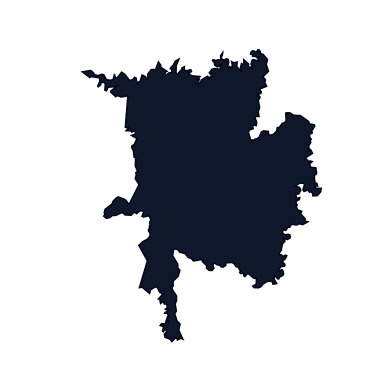 outline of Guarapuava, Paraná, Brazil, rotated 279°
{"feature_id": "56859067B420876687995", "entity_name": "Guarapuava", "entity_type": "district", "adm_level": 2, "iso_a3": "BRA", "parent_name": "Brazil", "parent_adm1": "Paraná", "projection": "albers", "projection_center": [-51.486, -25.326], "detail": "fine", "context": "isolated", "style": "filled", "palette": "ink", "viewbox_px": 384, "rotation_deg": 279, "n_neighbors": 0, "source": "geoboundaries", "source_scale": "gbopen_adm2", "svg_char_len": 6086}
<svg xmlns="http://www.w3.org/2000/svg" viewBox="0 0 384 384"><g transform="rotate(279 192 192)"><path d="M89.3,155.0L90.2,157.6L85.1,166.0L89.1,166.5L92.8,171.0L91.7,173.2L87.9,175.7L87.3,177.9L85.8,178.7L81.1,175.5L81.0,177.0L76.9,178.4L79.5,180.9L77.0,182.2L77.3,184.5L74.3,185.7L72.1,184.0L71.5,185.8L72.3,187.4L70.1,186.6L69.0,184.3L68.0,183.9L68.5,186.1L65.9,188.5L65.5,187.5L59.7,186.4L60.6,188.6L59.7,189.0L57.4,185.4L57.2,182.4L55.1,181.4L54.6,184.1L55.3,185.0L49.9,184.7L49.5,185.7L50.9,186.0L52.1,188.0L49.8,188.8L47.3,186.9L44.2,188.2L43.2,193.4L41.1,195.5L45.2,198.5L44.9,200.2L43.5,200.7L45.8,203.9L45.2,206.0L53.6,200.5L59.7,200.9L62.4,197.3L69.2,194.0L72.0,195.2L78.7,192.9L82.4,193.7L86.9,193.0L92.9,187.6L95.2,187.3L96.4,188.2L100.9,187.2L106.5,191.5L112.8,192.3L114.6,190.0L118.7,189.1L126.2,182.8L132.5,182.9L133.3,185.1L132.2,188.0L130.7,188.9L130.1,194.7L126.7,198.5L126.2,201.8L124.1,204.2L126.8,212.1L124.7,213.5L121.5,218.0L119.0,218.2L117.2,221.2L117.7,224.3L120.3,225.7L122.0,224.4L124.6,224.2L125.4,226.1L124.2,227.2L123.9,231.4L122.8,232.0L122.5,234.2L124.8,236.9L127.2,236.2L128.6,242.3L127.8,244.7L125.1,247.2L125.1,249.1L121.1,252.5L120.2,251.6L119.1,252.6L119.8,255.5L117.2,256.5L116.8,257.4L120.4,260.0L116.6,266.4L116.5,269.2L110.9,269.8L108.5,266.6L107.2,268.4L107.8,272.6L109.4,275.2L111.9,276.3L115.4,280.2L116.5,284.8L113.6,286.4L114.8,290.0L118.9,286.7L122.4,286.7L119.6,290.3L119.7,291.3L121.6,291.8L123.8,294.8L125.6,295.3L129.1,293.7L129.2,292.4L127.2,290.7L127.8,289.5L132.2,291.5L133.1,294.9L135.0,295.2L136.9,292.6L138.2,292.6L140.8,294.7L143.9,295.6L144.3,294.2L142.6,292.1L143.9,290.2L144.0,287.9L144.9,287.6L148.5,289.3L154.4,289.3L158.1,291.5L160.4,289.9L160.0,293.8L162.1,296.1L163.6,295.9L165.0,295.3L165.3,293.4L164.3,290.7L164.9,289.1L166.2,287.6L168.0,287.8L169.3,288.4L168.5,289.9L169.4,291.2L172.0,291.8L172.5,294.1L174.9,294.8L175.7,296.1L175.8,300.6L177.4,302.7L177.1,306.5L180.7,311.1L181.3,307.5L183.1,308.1L187.4,302.7L190.1,303.4L191.0,299.0L194.2,297.2L195.6,297.9L197.6,296.4L199.2,296.5L201.4,299.2L203.3,299.3L202.2,296.3L206.5,294.7L206.4,297.0L207.4,298.0L210.9,299.2L213.3,297.5L213.9,293.2L217.6,297.0L218.1,301.1L216.8,301.9L211.4,301.2L210.1,302.5L212.0,306.3L210.2,308.1L210.8,309.4L209.4,311.5L207.1,312.0L208.0,316.4L212.3,319.1L215.9,319.0L215.0,314.3L216.5,312.5L217.5,313.3L217.5,315.1L220.1,314.0L220.0,312.4L223.5,311.0L228.4,310.2L228.5,311.6L230.2,312.1L235.3,310.6L235.0,305.3L238.2,303.8L240.9,306.0L241.1,303.6L239.6,303.5L242.7,299.5L244.0,299.2L249.0,305.0L252.0,302.9L251.2,301.0L253.0,301.5L253.7,300.3L256.5,300.2L259.2,301.6L261.6,300.5L262.5,301.6L265.7,299.0L268.4,299.8L268.5,301.1L269.5,301.6L270.4,300.5L276.4,303.0L277.6,302.1L277.7,297.4L279.9,296.1L284.4,287.2L283.7,280.4L285.5,276.4L285.1,273.2L284.6,272.2L277.2,273.8L274.9,272.6L274.0,270.4L269.5,268.2L269.0,266.2L265.3,266.0L261.5,263.2L260.0,259.2L263.8,257.8L263.6,253.1L262.0,251.1L256.5,249.6L255.1,248.3L253.8,245.5L252.8,245.2L252.8,241.7L260.0,238.3L262.5,239.4L264.1,242.6L266.7,241.5L267.7,242.5L267.6,245.0L271.0,245.0L274.3,243.1L273.9,242.0L275.2,242.3L276.9,244.2L277.1,246.4L281.5,244.9L286.0,245.6L292.6,243.2L296.2,244.4L297.9,242.8L297.3,241.4L298.6,241.0L300.0,244.6L302.1,244.6L302.9,243.2L304.5,243.1L308.1,249.2L311.4,246.8L314.4,247.0L316.9,244.0L323.2,248.7L329.5,245.4L334.7,245.8L339.0,240.8L339.7,237.4L341.1,237.7L342.9,236.0L342.7,234.8L339.8,233.5L341.0,231.3L340.8,229.4L338.8,228.1L337.2,228.4L337.0,231.0L335.6,230.7L335.7,237.4L334.5,235.6L333.1,237.6L332.0,237.4L332.3,231.5L331.1,230.6L327.4,230.3L326.3,232.3L325.4,230.9L323.5,231.9L324.8,228.1L327.4,227.8L330.8,222.4L326.5,223.1L326.0,221.9L326.6,220.8L322.6,220.4L318.5,222.3L323.1,216.4L327.4,216.4L326.2,213.0L327.0,210.7L324.2,211.8L320.5,211.9L321.9,209.3L320.8,208.9L321.5,207.5L326.0,208.0L328.7,207.0L329.0,205.1L327.3,203.0L328.5,199.5L326.8,199.6L326.6,196.6L325.6,195.4L326.0,192.2L324.9,191.7L323.5,193.7L320.8,194.6L319.5,197.5L322.5,201.8L319.6,200.4L317.6,200.7L317.5,194.9L316.2,192.3L312.3,190.4L311.1,191.9L311.3,193.3L309.1,193.8L309.1,192.0L306.4,191.1L308.8,189.4L308.0,188.3L304.5,184.1L298.9,181.5L301.2,180.6L304.6,181.8L305.0,180.1L307.3,181.8L306.8,174.4L307.8,169.9L311.1,172.6L312.6,171.6L310.5,166.5L312.4,165.0L314.6,164.9L312.9,162.6L312.0,163.0L305.8,158.9L307.0,157.6L314.6,156.7L321.3,158.3L318.6,155.0L314.5,153.7L311.3,151.4L310.3,151.3L310.2,152.6L306.8,153.4L306.0,150.4L303.0,148.2L305.7,146.4L307.3,148.5L310.3,141.8L312.5,141.2L315.2,138.5L306.3,136.6L307.1,135.2L306.4,132.5L301.9,130.0L297.6,130.3L297.4,128.6L298.7,128.0L299.8,124.4L292.6,123.4L292.7,122.3L290.4,120.8L295.8,119.0L296.3,117.4L293.7,115.7L292.7,113.8L292.9,112.4L297.9,107.0L299.3,103.7L293.1,100.3L293.0,98.2L296.6,97.0L290.9,96.5L289.5,94.0L289.8,89.7L294.0,86.6L294.2,84.5L292.3,81.3L292.5,77.8L295.3,74.8L296.1,72.6L293.5,64.9L289.1,73.0L290.3,74.7L290.2,82.3L288.8,83.4L286.5,83.5L282.0,82.3L281.2,83.0L283.4,84.9L285.9,85.2L286.6,87.4L285.6,89.4L278.9,90.0L278.6,91.6L282.3,92.8L284.4,101.1L279.3,96.1L278.0,96.0L274.2,101.7L275.6,103.4L274.7,107.0L276.8,113.6L245.4,116.0L245.7,119.1L242.2,117.3L242.8,122.3L241.7,123.2L243.2,125.2L243.2,126.8L240.3,126.7L238.4,123.4L236.2,129.2L230.0,127.6L227.9,125.3L226.3,125.6L224.0,127.5L217.4,129.4L216.9,131.0L208.9,131.9L203.9,135.0L202.1,133.4L200.4,134.3L196.3,133.8L191.1,138.5L170.9,132.1L170.5,130.9L173.5,128.1L174.4,125.8L175.6,120.0L174.8,118.6L170.2,115.3L167.8,115.0L161.3,108.9L157.8,108.5L156.2,109.6L154.4,108.5L152.6,111.8L154.1,115.1L156.2,116.8L157.0,120.5L160.4,125.4L160.4,127.7L158.9,129.2L159.5,135.6L162.5,137.8L163.0,139.1L161.9,140.6L165.3,143.6L165.6,146.2L164.5,147.3L160.1,146.4L159.7,147.9L161.7,153.1L160.8,154.0L158.1,155.7L155.2,154.9L152.3,156.0L151.8,155.1L149.5,155.9L148.4,154.9L146.6,155.2L144.6,157.3L141.7,157.3L138.4,155.3L135.1,151.0L131.0,147.8L117.1,158.7L89.3,155.0ZM305.0,180.1L303.7,179.5L304.5,178.7L305.0,180.1ZM328.5,199.5L332.1,200.6L334.4,200.5L331.2,198.9L328.5,199.5Z" fill="#0f172a" stroke="#020617" stroke-width="1.5"/></g></svg>